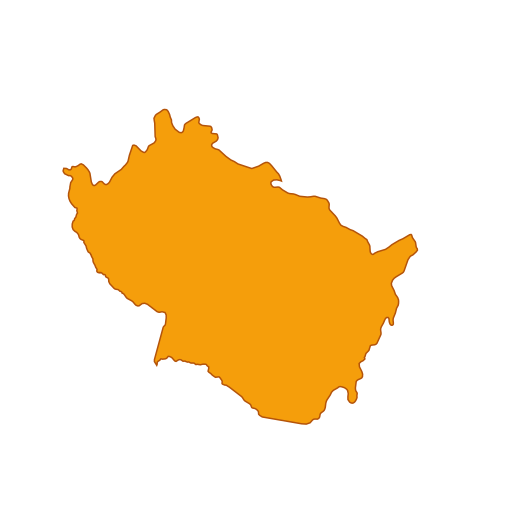 SVG path tracing the border of Amazonas, rotated 328°
{"feature_id": "VEN-38", "entity_name": "Amazonas", "entity_type": "State", "adm_level": 1, "iso_a3": "VEN", "parent_name": "Venezuela", "parent_adm1": "", "projection": "albers", "projection_center": [-66.172, 3.421], "detail": "fine", "context": "isolated", "style": "filled", "palette": "amber", "viewbox_px": 512, "rotation_deg": 328, "n_neighbors": 0, "source": "natural_earth", "source_scale": "10m", "svg_char_len": 6120}
<svg xmlns="http://www.w3.org/2000/svg" viewBox="0 0 512 512"><g transform="rotate(328 256 256)"><path d="M317.3,205.9L316.4,204.7L314.0,202.4L311.1,200.9L308.2,201.1L307.3,201.9L306.8,203.1L306.7,204.5L306.8,205.8L307.6,207.2L308.7,207.9L311.3,209.2L312.3,210.2L313.5,213.9L316.3,219.4L317.6,220.9L320.6,223.2L321.9,224.6L324.7,228.5L330.8,233.2L333.4,234.6L336.4,235.8L337.8,236.7L341.6,241.2L344.3,243.5L345.5,244.9L346.0,246.4L345.9,249.9L345.4,251.1L343.7,253.4L343.1,254.5L342.9,256.1L344.5,264.1L344.7,266.7L344.2,272.2L344.3,274.8L345.5,277.0L347.5,279.4L349.8,283.5L351.8,286.0L356.7,295.5L357.8,298.9L358.7,300.8L358.3,303.0L358.1,306.6L357.8,307.9L355.4,312.3L354.9,313.8L355.0,315.2L355.5,316.3L356.5,316.8L357.9,316.5L361.6,316.9L369.3,319.0L373.4,318.9L377.4,318.4L385.6,318.6L389.6,319.2L397.6,319.4L398.9,319.9L399.1,320.7L398.5,322.9L398.4,323.9L398.6,328.3L398.4,329.2L396.7,333.1L396.5,334.2L396.6,335.3L396.0,336.6L394.0,337.4L389.7,338.2L387.3,338.0L386.4,338.1L382.9,339.7L373.7,347.1L372.4,347.8L371.2,348.0L363.7,347.9L361.3,348.1L359.0,348.9L356.3,350.9L355.3,353.0L354.8,358.5L353.9,362.4L354.1,366.3L353.6,368.7L352.8,370.2L351.7,371.8L350.5,373.1L347.5,374.8L344.0,378.2L339.6,381.4L338.3,382.9L337.1,385.4L336.3,386.6L335.2,387.0L334.0,386.4L333.6,384.9L333.9,383.3L334.3,382.1L335.6,379.5L335.5,378.2L334.2,377.4L332.7,377.6L331.2,378.5L328.5,380.4L325.2,382.2L323.7,383.2L322.5,384.7L321.2,387.6L320.3,388.8L312.3,394.1L311.0,394.4L309.7,394.2L306.5,392.7L305.4,392.7L301.7,395.9L298.0,396.8L297.3,397.1L295.2,399.0L294.1,399.5L293.8,401.0L291.4,401.5L288.8,401.3L286.5,401.8L285.0,404.8L284.5,410.1L283.8,412.7L282.3,414.8L281.0,415.4L279.8,415.4L277.1,415.0L275.5,415.1L274.4,415.6L270.5,420.4L269.8,421.6L269.2,423.1L269.2,425.5L268.9,426.3L267.7,427.7L266.6,429.6L265.2,430.7L263.6,431.6L262.2,432.1L260.7,432.2L259.6,431.8L258.7,430.9L258.0,429.5L257.9,426.5L259.4,424.0L261.3,421.6L262.4,418.6L262.3,417.1L261.8,415.8L261.2,414.5L259.6,412.6L258.2,411.3L257.3,411.0L256.6,410.9L255.3,411.1L250.7,410.9L249.4,411.1L247.8,411.6L245.3,413.2L239.8,415.7L238.5,416.6L237.1,417.9L234.7,420.9L233.3,422.2L232.0,423.0L230.8,423.3L228.0,423.5L226.6,424.1L224.6,426.3L223.1,427.0L221.7,426.9L219.6,425.5L218.4,425.0L217.1,425.0L213.5,426.1L209.6,425.2L205.8,422.5L176.0,395.8L174.7,393.1L174.4,391.6L175.6,389.2L175.5,387.7L175.0,386.1L174.4,384.9L172.4,382.9L172.1,382.1L172.6,379.5L172.3,378.0L169.8,373.1L169.5,371.8L169.5,369.0L169.3,367.6L163.9,353.1L162.8,350.9L162.6,350.3L162.3,349.8L161.1,348.9L159.7,346.9L159.6,346.2L160.9,344.4L161.1,343.3L160.9,339.8L160.5,338.8L157.4,337.4L156.9,336.5L155.8,333.8L155.4,331.9L154.4,329.4L154.3,328.3L156.3,326.3L157.1,325.0L156.4,323.1L156.4,321.9L156.1,321.3L155.6,320.8L153.5,319.5L151.2,318.8L148.8,316.7L147.5,316.2L146.6,313.9L144.0,312.2L142.8,310.2L141.7,309.7L140.7,308.5L140.2,307.6L138.3,306.5L137.4,304.3L136.4,303.4L135.3,303.0L132.4,303.0L131.7,302.4L131.3,301.0L130.9,298.1L130.5,297.0L129.6,295.6L128.4,294.6L126.0,295.4L124.4,295.1L121.8,293.8L121.1,293.0L120.5,292.8L119.3,293.4L117.2,293.4L116.0,293.7L114.8,295.4L113.9,296.1L113.9,291.7L115.0,290.0L139.5,267.3L140.3,266.9L142.3,266.4L143.1,265.8L147.0,261.0L148.6,258.4L148.9,255.7L146.8,253.5L144.4,252.6L143.5,251.9L142.6,250.7L138.4,239.5L136.6,237.1L134.2,236.0L130.5,236.3L129.3,235.7L128.2,234.3L127.8,232.8L127.4,229.7L126.8,228.1L124.3,223.7L124.0,222.3L123.8,218.4L123.2,216.9L122.8,216.7L123.0,215.6L122.6,214.4L121.9,213.7L121.4,211.6L119.0,209.4L118.5,208.2L117.3,202.1L117.6,199.7L118.7,197.6L118.9,196.8L118.7,196.0L117.8,194.6L117.6,193.8L118.1,192.4L118.0,191.9L117.8,191.5L116.8,191.0L116.2,188.7L115.8,187.9L114.6,187.1L114.6,187.5L114.0,187.1L113.1,186.0L112.9,185.3L113.0,184.4L114.1,183.1L114.1,180.5L114.5,178.8L114.7,175.3L115.1,173.9L116.2,171.9L116.3,169.1L116.8,167.9L116.5,167.3L116.8,166.5L116.8,165.7L115.9,163.7L116.0,162.3L116.4,159.8L117.2,157.3L117.2,153.3L118.0,152.2L118.1,151.6L116.4,149.2L116.0,147.9L116.0,146.5L116.8,143.7L116.5,141.1L115.5,139.1L114.9,136.7L115.5,134.0L117.1,131.5L119.4,129.5L120.7,129.5L122.0,128.2L123.9,127.5L125.6,125.9L126.3,125.4L127.1,125.2L127.4,124.9L128.1,122.6L129.3,121.2L129.5,120.4L128.1,118.9L127.3,113.9L127.3,111.0L127.8,108.3L128.8,105.7L130.3,103.5L134.1,99.9L134.7,98.9L137.7,95.6L140.9,94.1L141.6,93.5L141.9,92.4L141.7,90.9L141.3,89.6L139.6,88.5L137.3,84.8L137.3,82.3L137.6,81.5L139.5,79.8L141.5,81.2L142.0,81.9L142.9,83.7L144.1,84.5L144.7,84.5L145.5,84.3L146.9,83.1L147.4,82.8L148.2,83.1L149.7,84.5L151.0,84.9L152.9,85.1L155.6,84.9L156.7,85.3L157.9,87.3L158.9,91.5L159.2,93.7L159.2,96.3L159.0,97.8L155.6,105.9L155.2,108.2L155.4,109.7L156.0,110.5L157.5,110.8L161.0,110.1L162.5,109.9L163.5,110.3L164.3,110.8L164.9,111.5L165.5,114.3L166.1,115.5L166.9,116.1L168.3,116.3L170.1,116.0L171.3,115.5L175.7,112.9L179.9,111.5L187.6,111.2L191.5,110.0L193.6,109.6L196.6,108.5L197.7,107.8L202.1,103.4L210.0,96.9L210.9,97.1L211.5,97.5L212.7,99.1L214.2,106.0L215.6,108.5L216.2,109.1L217.2,109.2L219.2,108.6L220.4,108.0L222.9,106.1L223.8,105.8L229.1,106.1L229.9,106.0L232.0,105.1L232.9,104.2L233.4,103.0L233.7,101.4L240.5,89.7L241.5,87.2L242.5,85.1L245.3,83.4L246.7,83.1L250.9,83.1L254.8,82.8L256.0,83.2L257.5,84.4L258.0,85.4L258.1,87.0L257.7,90.2L256.9,92.7L256.4,95.8L255.1,98.1L254.5,101.4L254.6,105.5L256.3,110.2L256.9,111.0L258.0,111.8L258.5,112.0L260.0,111.8L260.8,111.3L263.0,109.1L264.8,107.0L265.7,106.6L267.2,106.4L278.0,106.5L279.9,106.9L280.6,107.4L280.8,108.4L280.5,109.9L278.2,112.5L278.1,113.6L278.9,115.6L279.6,116.7L280.5,117.5L285.7,121.5L286.3,122.2L286.4,123.7L285.7,125.6L285.4,126.0L283.6,127.1L283.4,127.4L283.3,128.0L283.8,128.9L287.3,131.6L287.5,132.3L287.4,133.0L286.5,135.6L285.6,136.5L284.8,137.0L283.2,137.5L279.0,137.4L277.5,138.0L277.1,138.5L276.6,139.8L277.0,141.3L278.2,143.5L280.1,145.5L280.8,146.5L283.3,155.6L285.5,161.1L287.7,164.5L289.5,168.4L298.6,179.4L299.2,179.7L305.8,181.2L311.5,181.4L313.8,181.8L315.2,182.6L316.0,183.7L316.5,184.7L317.1,187.6L318.1,195.9L318.6,198.2L318.5,200.8L317.6,204.9L317.3,205.9Z" fill="#f59e0b" stroke="#b45309" stroke-width="1.5"/></g></svg>